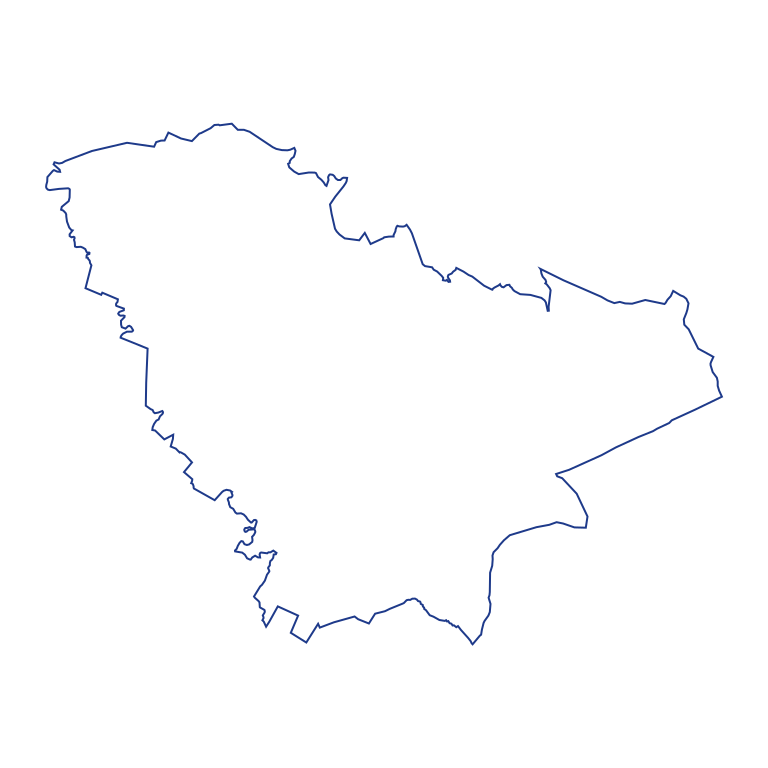 Capalna, Bihor, Romania (Mercator projection)
{"feature_id": "2599482B45096841934086", "entity_name": "Capalna", "entity_type": "district", "adm_level": 2, "iso_a3": "ROU", "parent_name": "Romania", "parent_adm1": "Bihor", "projection": "mercator", "projection_center": [22.103, 46.737], "detail": "fine", "context": "isolated", "style": "outline", "palette": "blue", "viewbox_px": 768, "rotation_deg": 0, "n_neighbors": 0, "source": "geoboundaries", "source_scale": "gbopen_adm2", "svg_char_len": 6065}
<svg xmlns="http://www.w3.org/2000/svg" viewBox="0 0 768 768"><path d="M585.8,527.7L587.5,516.5L576.7,493.7L562.2,478.2L557.2,476.3L556.1,474.0L569.1,469.8L601.5,455.2L615.9,447.4L638.5,437.0L653.1,431.1L657.1,428.7L669.2,423.0L671.8,420.3L694.8,409.8L721.9,396.7L719.1,390.6L717.7,385.9L717.7,381.5L716.9,377.8L712.7,372.1L710.6,365.3L710.5,363.7L711.0,362.1L713.4,356.9L698.2,348.6L688.7,329.3L684.3,324.7L683.8,319.3L686.3,313.1L687.4,309.5L688.5,303.3L686.3,298.8L683.6,296.6L680.4,295.3L673.2,290.9L670.7,296.2L667.5,299.7L665.6,302.9L664.5,304.0L645.3,300.0L632.1,303.7L625.1,303.4L619.8,301.9L614.3,303.1L607.5,300.4L601.3,296.8L563.5,280.3L540.4,268.9L540.8,269.5L541.4,273.4L542.7,276.7L545.5,279.9L546.2,282.0L545.3,283.4L546.6,284.2L549.7,288.2L550.6,290.2L548.6,306.8L548.8,310.7L547.7,310.8L545.9,302.5L544.6,300.4L541.4,297.9L530.4,294.9L520.2,294.2L514.5,291.1L512.8,289.5L511.9,287.9L510.0,286.2L509.4,284.8L506.5,285.1L503.6,287.3L501.9,286.9L500.5,285.4L500.0,284.2L498.6,285.4L494.4,287.6L492.8,288.8L492.4,289.7L491.9,289.6L484.1,285.7L472.3,276.6L468.6,275.0L463.5,271.6L456.3,267.9L455.6,269.9L453.1,271.7L451.7,273.5L448.5,274.9L448.0,275.9L447.8,276.8L448.4,278.2L449.9,280.3L450.1,281.7L448.5,281.9L446.9,279.9L445.8,280.7L442.9,280.2L443.2,277.8L441.6,275.8L437.1,271.5L433.7,269.7L432.1,267.3L425.0,266.1L422.7,264.2L411.9,233.3L410.0,229.6L406.6,224.8L404.8,226.2L403.1,226.6L399.2,226.4L397.4,225.8L396.7,226.6L395.7,229.2L395.4,231.3L393.6,235.0L393.6,236.5L388.9,236.6L384.2,237.3L383.4,238.1L370.6,244.0L364.8,232.9L359.2,240.3L344.7,238.4L339.5,234.5L336.7,231.5L335.0,228.7L331.6,213.8L330.0,204.4L335.3,196.6L343.4,186.5L345.7,183.1L346.6,181.2L347.1,177.9L343.4,177.7L342.3,178.2L340.4,180.0L337.9,180.0L335.8,178.5L334.2,176.0L332.7,174.8L330.0,174.4L329.0,175.2L328.1,177.2L328.5,180.1L326.5,185.9L325.4,185.2L323.7,182.4L321.4,179.8L318.0,177.0L316.0,173.1L314.7,172.6L308.9,172.5L298.7,174.1L294.2,171.6L289.3,167.4L288.1,163.8L289.7,162.9L289.8,161.1L291.6,158.5L293.8,156.9L294.8,154.0L295.5,150.8L294.3,147.9L290.3,149.7L287.5,150.3L281.9,150.1L276.3,148.9L272.8,147.2L249.7,131.8L243.9,129.8L237.8,129.8L231.8,123.7L219.7,125.3L218.6,124.7L214.4,125.0L210.6,128.2L201.0,133.1L199.3,133.6L191.9,141.1L181.0,138.5L168.4,132.6L164.6,140.5L161.0,140.6L156.2,142.1L154.1,146.7L127.0,142.8L91.9,151.0L65.4,161.0L62.1,162.9L59.0,163.5L54.5,162.3L53.6,164.4L59.6,169.7L60.1,171.8L57.2,171.6L54.0,170.1L52.9,170.8L47.4,177.1L47.2,181.6L46.3,184.9L46.1,187.0L46.6,188.4L48.0,189.7L49.8,190.1L58.9,188.9L68.1,188.3L69.4,188.9L69.8,189.6L69.6,197.5L68.7,201.1L61.8,206.8L61.1,209.7L63.3,210.6L65.6,213.0L66.2,214.4L66.3,216.7L67.0,221.6L69.2,227.5L71.4,230.1L72.6,230.4L69.6,234.3L69.7,236.1L71.5,237.3L73.6,236.8L74.4,237.2L74.6,238.2L74.0,239.8L74.7,242.3L75.0,246.5L76.4,247.1L80.8,246.8L82.8,247.6L85.3,249.1L86.5,251.8L87.3,252.7L89.0,252.5L89.5,252.9L89.3,254.0L87.0,254.8L86.6,255.6L86.5,257.6L87.8,257.8L88.3,259.1L89.4,260.3L89.8,261.0L90.0,262.9L91.4,265.3L85.5,288.2L101.2,294.8L102.3,292.7L117.9,299.3L117.5,301.9L116.2,303.5L116.0,305.0L116.4,305.9L123.9,308.6L123.8,310.3L119.9,311.7L119.0,312.3L118.2,313.7L118.9,314.8L120.4,315.7L123.4,315.5L124.6,315.9L124.5,317.1L121.0,320.7L121.1,324.7L121.8,327.2L125.5,328.6L128.2,326.1L129.4,325.8L131.1,326.9L133.1,330.2L132.9,330.8L131.8,331.7L126.9,331.7L123.1,333.6L121.6,335.2L120.8,336.6L120.6,337.7L147.6,348.6L146.2,382.6L145.8,405.7L150.6,409.1L152.6,410.0L153.7,412.3L154.9,413.2L158.2,412.6L162.3,411.0L162.8,411.6L163.0,412.8L162.4,414.0L160.0,416.3L158.6,419.5L156.4,420.6L154.1,423.9L152.7,427.2L152.3,430.0L155.1,430.5L164.3,439.4L173.2,434.7L172.9,438.9L170.7,446.5L175.8,448.6L179.4,452.3L179.6,452.0L181.1,452.5L184.8,454.6L192.0,462.4L184.0,472.1L192.3,479.2L192.1,480.9L191.2,483.2L192.5,483.7L193.0,484.5L193.6,486.3L193.6,487.6L193.9,488.5L214.7,500.2L222.0,492.1L223.6,490.8L226.5,489.8L230.1,490.5L232.0,491.9L231.4,492.4L232.5,495.1L232.4,495.9L231.4,497.3L229.0,497.6L227.8,498.9L227.8,499.6L228.9,502.4L229.0,504.0L230.3,507.2L233.2,508.8L235.4,512.5L236.9,513.6L241.0,513.3L243.7,514.5L246.0,516.8L247.9,519.7L250.9,522.5L251.7,522.5L253.9,520.1L255.1,519.9L256.3,520.4L256.7,521.8L254.7,528.0L252.3,528.4L249.5,527.1L247.4,527.9L245.3,528.0L244.3,529.4L244.3,530.1L244.8,531.5L245.7,531.9L246.7,531.5L248.6,529.8L254.1,529.3L254.9,530.2L255.3,531.5L255.2,532.4L253.9,534.9L252.1,536.8L252.5,540.2L252.2,541.9L249.2,544.4L246.9,545.0L244.5,544.2L242.8,541.4L241.3,541.1L239.6,542.8L237.8,545.9L236.7,548.8L235.0,550.5L235.1,551.4L242.2,552.6L244.9,554.7L247.1,558.3L250.0,559.6L250.7,559.6L252.2,557.5L255.1,555.7L258.0,557.4L260.1,557.5L259.6,554.4L260.1,553.1L261.1,552.5L267.2,553.3L268.5,552.3L270.5,552.3L273.3,550.6L276.5,552.9L275.9,554.2L273.7,554.5L273.2,557.8L271.9,559.8L270.4,561.0L269.9,562.8L269.8,565.4L268.3,567.4L268.1,568.1L269.3,570.9L269.3,571.5L267.0,574.7L264.9,580.6L262.0,584.8L260.2,586.4L254.0,596.5L254.8,597.7L258.6,601.1L259.5,602.4L259.8,607.1L260.1,607.5L264.4,609.9L264.8,611.2L264.6,612.5L262.8,615.4L263.5,617.2L263.5,618.2L262.4,620.3L263.7,621.5L266.1,626.7L269.3,621.7L277.8,606.4L298.1,615.6L290.8,632.8L306.3,642.5L318.1,623.8L319.8,627.6L333.9,622.3L354.6,616.5L358.1,619.2L368.9,623.5L375.1,613.7L385.0,611.2L389.9,608.8L402.7,603.6L403.9,603.0L406.6,600.2L408.2,599.8L410.2,599.9L412.3,598.7L415.0,598.6L416.9,599.6L418.1,601.1L419.9,601.5L420.4,602.1L420.8,603.9L422.8,605.0L422.9,606.5L424.1,607.6L424.2,608.9L426.0,610.2L429.7,615.2L433.5,616.7L439.4,620.0L444.9,620.9L446.1,620.2L447.1,621.5L448.3,621.1L449.6,623.2L451.4,623.7L452.6,625.5L453.9,625.3L456.3,627.2L458.0,626.1L460.9,629.9L468.1,637.9L470.7,641.2L471.6,643.2L472.6,644.3L479.9,635.6L481.1,634.7L481.9,629.7L483.6,622.9L484.6,620.9L488.4,615.6L489.8,612.1L490.5,603.9L488.6,597.7L489.5,595.2L489.8,592.0L490.1,572.7L492.2,565.8L492.7,559.2L492.5,555.5L493.6,552.2L497.6,548.2L499.9,544.8L504.0,540.2L509.8,535.2L536.4,527.2L549.3,524.8L556.6,522.2L563.1,523.5L574.4,527.4L585.8,527.7Z" fill="none" stroke="#1e3a8a" stroke-width="2"/></svg>